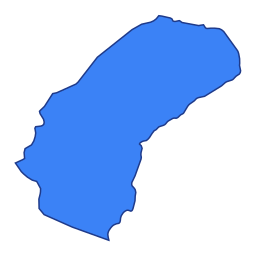 outline of Grand Cape Mount
{"feature_id": "LBR-786", "entity_name": "Grand Cape Mount", "entity_type": "County", "adm_level": 1, "iso_a3": "LBR", "parent_name": "Liberia", "parent_adm1": "", "projection": "albers", "projection_center": [-10.956, 7.068], "detail": "fine", "context": "isolated", "style": "filled", "palette": "blue", "viewbox_px": 256, "rotation_deg": 0, "n_neighbors": 0, "source": "natural_earth", "source_scale": "10m", "svg_char_len": 2063}
<svg xmlns="http://www.w3.org/2000/svg" viewBox="0 0 256 256"><path d="M15.4,163.0L22.8,159.6L24.6,158.5L24.1,152.6L25.1,148.6L31.5,144.9L33.8,141.0L35.2,136.5L35.7,133.0L34.9,128.2L35.7,126.7L40.8,126.1L42.5,125.5L43.8,124.2L44.2,122.1L43.5,119.2L40.1,113.7L39.5,111.3L40.3,110.4L44.5,106.4L52.7,93.6L56.6,92.8L75.9,84.1L78.0,82.2L93.2,62.6L97.4,57.2L132.1,29.6L141.7,24.2L150.6,22.2L153.7,20.8L156.3,18.8L158.8,15.7L161.9,16.1L170.3,18.0L171.1,18.4L172.1,19.1L172.8,20.8L173.5,21.2L174.2,21.4L175.6,21.4L178.9,20.7L179.5,20.7L180.0,21.0L182.0,22.5L198.8,25.6L200.1,25.3L203.5,24.8L205.5,27.9L206.9,28.5L210.9,28.2L214.6,28.2L219.3,28.7L221.6,29.8L223.7,31.5L237.4,50.5L238.0,51.6L238.7,53.8L239.6,58.7L239.7,63.3L239.5,65.4L240.6,70.7L240.3,72.4L239.4,74.0L236.2,76.1L234.6,77.7L233.8,78.6L233.0,79.4L232.0,80.0L227.0,81.6L226.0,82.1L225.0,82.8L221.6,85.8L204.6,96.3L199.0,97.5L197.7,97.9L196.7,98.4L195.8,99.2L195.1,100.0L194.2,100.9L189.5,104.2L188.5,105.2L187.6,106.4L183.9,112.6L183.5,113.2L182.7,113.8L180.7,114.8L179.0,116.4L178.2,117.2L177.3,117.8L176.3,118.2L174.0,118.1L172.8,118.4L168.6,120.8L167.5,121.6L165.6,123.9L164.7,124.7L163.5,125.3L159.8,126.5L158.7,127.0L157.9,127.8L156.4,129.4L155.6,130.0L154.3,130.6L152.1,133.4L149.5,137.5L147.9,139.3L146.4,140.5L143.3,141.1L141.8,141.7L140.2,142.8L139.5,143.9L139.5,144.1L141.2,145.7L142.1,148.3L141.0,152.8L140.9,154.9L141.3,157.3L141.0,159.2L135.0,175.9L131.8,182.6L131.7,184.4L132.0,185.7L134.4,188.4L135.2,189.7L135.8,192.5L135.2,196.1L135.0,200.8L133.1,208.2L132.5,209.8L132.2,210.3L131.6,210.9L130.7,211.1L128.8,210.4L127.7,210.2L126.9,210.3L126.1,210.6L125.2,211.1L124.0,212.0L122.9,213.2L121.3,215.7L120.6,217.9L120.3,220.8L119.8,222.4L118.9,223.3L116.4,223.8L114.1,224.8L113.1,225.4L111.9,226.5L110.7,227.9L108.8,230.7L108.1,232.6L107.8,234.4L108.2,237.4L108.9,240.2L108.9,240.3L72.3,227.1L44.1,214.6L39.1,208.5L38.9,199.1L40.2,193.9L40.5,191.7L40.6,188.6L37.4,182.6L36.6,181.4L32.2,180.1L27.5,177.2L23.6,173.9L21.3,171.6L15.4,163.0Z" fill="#3b82f6" stroke="#1e3a8a" stroke-width="1.5"/></svg>